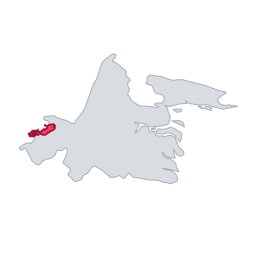 Lalmonirhat, Bangladesh shown in context, rotated 291°
{"feature_id": "16705992B84214314165922", "entity_name": "Lalmonirhat", "entity_type": "district", "adm_level": 2, "iso_a3": "BGD", "parent_name": "Bangladesh", "parent_adm1": "", "projection": "mercator", "projection_center": [89.252, 26.122], "detail": "fine", "context": "in_parent", "style": "filled", "palette": "rose", "viewbox_px": 256, "rotation_deg": 291, "n_neighbors": 0, "source": "geoboundaries", "source_scale": "gbopen_adm2", "svg_char_len": 7917}
<svg xmlns="http://www.w3.org/2000/svg" viewBox="0 0 256 256"><g transform="rotate(291 128 128)"><path d="M89.9,180.5L89.9,174.6L86.0,163.1L86.2,161.8L85.4,156.3L84.4,153.2L83.9,149.9L86.2,145.1L85.3,144.4L80.2,142.9L79.5,141.7L80.6,137.0L76.9,132.6L75.5,129.3L79.4,118.6L80.4,111.1L80.1,109.6L77.7,108.0L73.4,107.3L70.4,105.9L68.6,103.8L67.1,102.9L65.2,103.6L62.9,102.7L60.9,100.6L59.2,98.1L59.9,95.3L63.0,88.6L64.2,88.4L66.9,89.7L67.9,89.7L69.7,87.1L72.2,79.6L80.8,80.3L82.9,80.0L85.1,79.4L86.3,78.5L86.9,77.3L86.7,76.2L84.0,74.8L83.0,73.8L82.3,70.8L81.5,69.7L76.2,69.5L73.5,68.1L72.0,66.9L69.4,62.8L66.1,59.7L62.9,59.0L61.7,58.0L61.1,56.5L61.4,54.2L63.0,49.9L71.7,40.5L71.9,39.4L71.6,38.2L69.0,36.7L68.9,36.0L69.6,34.0L71.0,33.7L74.0,35.5L77.0,38.4L78.8,41.0L78.9,43.1L81.3,43.5L83.2,44.4L85.3,44.1L86.6,44.6L87.5,44.4L87.8,43.3L86.1,40.3L86.9,39.1L88.9,39.1L90.4,40.2L91.4,42.5L91.6,46.0L93.9,49.2L97.0,51.5L99.4,52.6L102.3,53.3L104.8,52.6L106.0,50.4L105.5,48.4L105.9,46.6L106.9,45.6L108.4,45.7L109.6,47.1L112.9,54.7L112.2,58.1L113.0,67.3L112.1,73.4L112.7,75.8L113.2,76.2L118.3,77.3L125.7,79.7L131.3,80.6L156.8,80.0L162.4,81.2L179.4,80.3L184.0,82.2L189.1,85.3L191.9,87.7L192.4,89.0L192.1,90.2L191.1,90.8L189.4,90.8L185.4,89.3L184.7,89.7L184.7,93.4L181.4,102.5L181.0,105.3L179.8,106.4L176.5,107.0L174.2,112.2L173.3,112.9L171.1,111.7L169.8,111.9L168.0,112.4L166.3,113.6L165.1,115.2L163.8,115.7L159.0,115.6L158.1,118.0L155.0,121.2L152.9,129.7L153.0,132.3L155.6,139.0L157.5,147.8L158.2,148.7L159.1,148.8L159.1,144.8L160.0,144.2L161.1,144.7L163.3,150.1L164.6,151.5L166.6,151.8L168.8,151.0L170.5,149.4L171.2,147.7L170.6,141.9L171.6,139.5L175.5,135.9L176.1,134.8L175.8,128.9L177.3,128.7L179.2,129.1L181.7,127.7L182.5,127.7L183.5,129.2L185.3,129.0L187.9,140.7L188.1,148.9L188.7,153.5L189.6,154.5L192.6,161.4L195.3,185.4L195.6,200.6L196.8,205.8L195.8,206.9L194.9,207.1L194.0,205.3L187.8,201.5L186.3,201.9L184.1,204.1L183.3,206.2L183.6,209.1L184.3,212.0L185.8,213.6L185.9,215.4L187.6,222.2L187.1,222.3L183.7,216.1L179.6,210.0L178.2,199.0L178.2,193.6L175.3,187.2L172.7,176.1L173.8,172.2L171.9,173.9L168.8,167.2L163.9,160.6L162.5,157.7L162.4,154.9L160.3,157.8L157.4,159.8L154.5,162.8L152.6,163.7L146.4,164.2L142.9,160.2L137.8,150.4L137.1,148.1L137.8,142.3L136.6,136.8L136.3,132.0L135.3,132.4L135.0,133.7L135.2,135.8L134.8,137.5L126.3,136.4L129.9,139.3L133.8,139.9L135.9,142.5L136.0,146.8L132.1,149.4L132.5,151.6L134.7,154.3L132.0,155.0L131.3,156.7L131.2,159.2L133.1,163.0L132.8,164.5L136.0,169.4L136.6,171.8L135.8,175.2L128.8,181.9L126.8,186.7L125.1,189.0L123.0,189.4L120.3,187.1L120.3,184.8L120.8,182.9L124.5,178.4L122.5,179.0L116.9,182.7L115.8,179.7L115.1,177.0L115.1,173.5L117.8,168.4L114.7,171.0L113.8,174.2L114.2,177.9L113.8,180.6L112.6,184.0L111.0,186.1L108.3,187.4L107.1,189.5L105.3,191.0L104.7,184.0L102.8,174.6L102.4,176.6L103.4,182.5L103.3,186.2L101.9,189.2L98.9,192.5L96.7,192.9L95.4,192.4L91.2,187.6L90.8,183.0L89.9,180.5ZM141.4,180.6L136.2,181.7L133.6,181.4L138.5,172.9L138.4,169.1L137.6,166.0L135.1,163.6L134.9,161.8L133.8,159.4L133.2,156.5L136.0,155.6L138.3,157.2L139.1,160.5L140.2,162.9L144.1,167.8L144.1,170.9L143.0,178.3L141.4,180.6ZM152.6,177.8L149.4,180.1L150.4,166.7L152.8,171.7L153.4,174.4L152.6,177.8ZM164.7,171.2L163.3,172.1L162.0,171.3L160.3,168.1L161.2,164.2L161.7,163.6L163.7,167.7L164.7,171.2ZM176.4,199.3L174.6,199.4L173.7,198.5L174.1,197.2L173.6,192.8L175.9,192.4L176.8,196.0L176.4,199.3ZM174.4,187.2L173.1,191.5L172.5,189.6L173.5,185.8L174.4,187.2ZM137.4,152.4L137.9,153.8L135.0,152.0L134.2,150.7L135.5,150.0L137.4,152.4Z" fill="#d9dde1" stroke="#a8b0b8" stroke-width="1"/><path d="M102.7,52.8L102.2,52.8L101.7,52.5L101.1,52.3L101.3,51.8L101.3,51.5L101.0,51.2L100.9,51.4L100.5,51.4L100.4,51.8L100.0,52.0L100.2,52.3L100.1,52.5L99.5,52.4L99.5,52.5L99.1,52.5L98.9,52.4L98.7,52.3L98.8,52.2L98.5,52.3L98.4,52.0L98.5,52.0L98.2,51.8L98.1,51.6L97.8,51.5L97.3,51.1L97.2,51.3L96.6,51.1L96.8,50.9L96.8,50.6L96.5,50.8L96.0,50.6L96.0,50.1L96.3,49.7L95.9,49.7L95.9,49.4L95.6,49.3L95.5,49.1L95.3,49.0L95.2,48.9L95.2,48.6L94.8,48.5L94.7,48.6L94.4,48.5L94.1,48.7L93.6,48.4L93.4,48.4L93.1,48.1L92.8,47.5L93.1,47.3L92.8,47.1L92.6,47.1L92.6,46.9L92.4,46.7L92.5,46.2L92.8,45.8L92.6,45.6L92.6,44.9L92.4,44.9L92.4,44.7L92.3,44.8L92.3,44.5L92.0,44.4L92.1,44.0L91.6,43.6L91.5,43.4L91.4,43.5L91.4,43.2L91.6,43.1L91.6,42.8L91.3,42.7L91.5,42.3L92.0,43.2L92.3,42.8L92.2,42.7L92.3,42.8L92.3,42.6L92.1,42.6L92.4,42.5L92.4,42.4L92.2,42.4L92.4,42.3L92.4,42.1L92.2,42.2L91.7,42.2L91.7,41.9L91.4,42.0L91.3,41.8L91.1,42.1L90.9,42.1L91.4,41.6L91.3,41.1L91.2,41.0L91.3,40.8L90.8,40.7L91.0,40.6L91.1,39.9L91.2,39.7L90.8,39.8L91.0,39.6L90.9,39.5L90.6,39.6L90.6,39.8L90.6,39.6L90.4,39.5L90.3,39.4L90.1,39.6L89.6,39.5L89.4,39.6L89.3,39.2L89.0,39.3L89.1,39.2L88.6,39.0L88.6,38.7L88.2,38.7L88.3,39.0L88.2,39.0L88.2,38.8L87.9,38.8L87.8,38.6L87.7,38.3L87.9,38.2L87.9,37.9L87.7,37.9L87.8,37.8L87.7,37.9L87.4,37.8L87.4,37.5L87.1,37.5L87.3,37.7L87.2,37.9L86.9,37.7L86.9,37.8L86.9,38.0L86.9,38.3L86.7,38.6L86.2,38.4L86.2,38.5L86.4,38.6L86.1,38.7L86.2,38.9L86.3,39.0L86.2,39.2L85.5,39.2L85.7,39.4L85.9,39.3L85.9,40.0L85.7,40.1L86.0,40.2L85.7,40.4L85.7,40.6L86.0,40.7L85.9,40.8L86.2,40.6L86.5,40.9L86.8,40.9L86.9,40.6L87.1,40.7L87.1,40.9L86.8,41.0L86.8,41.3L87.0,41.3L86.9,41.4L87.1,41.8L87.2,41.6L87.3,41.5L87.2,41.2L87.3,41.2L87.6,41.1L87.9,41.1L88.0,41.2L88.1,41.5L87.8,41.4L87.9,41.7L88.2,41.6L88.4,41.8L88.3,42.0L88.1,42.0L88.3,42.2L88.2,42.3L87.9,42.2L87.9,42.5L87.9,42.8L88.1,42.8L88.3,42.8L88.2,43.1L88.4,43.1L88.6,42.6L88.9,43.1L89.0,43.0L88.8,42.8L89.0,42.5L89.0,43.1L89.4,43.4L89.6,43.3L89.6,43.6L89.8,43.5L89.9,43.2L89.8,43.4L89.8,43.2L89.6,43.1L89.8,42.9L90.1,43.0L90.1,43.3L90.2,43.5L90.3,43.8L90.2,43.9L90.2,44.3L89.9,44.3L89.8,44.5L89.5,44.6L89.4,44.7L89.2,44.5L88.9,44.8L89.0,45.2L89.4,45.3L89.5,45.4L89.3,46.0L89.1,46.2L89.0,46.4L89.2,46.5L89.4,46.8L89.5,46.7L89.4,46.8L89.5,47.0L89.8,47.0L90.1,47.2L90.6,47.1L91.3,47.9L91.3,48.2L91.4,48.8L91.1,48.9L91.0,49.5L91.0,49.8L91.3,50.2L91.1,50.4L91.2,50.7L91.1,50.8L91.3,51.6L91.2,51.6L91.4,51.9L91.4,52.2L91.5,52.3L91.7,53.0L92.0,53.1L92.1,53.4L93.0,54.3L93.5,54.4L94.1,54.7L94.4,54.6L94.9,55.4L95.0,55.3L95.4,55.9L96.1,56.2L96.3,56.4L96.7,56.2L97.1,56.4L97.1,56.7L97.5,57.2L97.7,57.3L97.8,57.5L98.2,57.5L98.4,57.7L98.4,58.2L98.8,58.5L99.4,58.8L99.5,59.1L99.9,59.5L100.9,59.7L101.2,59.6L101.2,59.8L101.7,59.8L101.8,59.8L102.0,59.9L102.1,59.0L102.5,59.0L102.4,58.9L102.2,58.6L102.0,58.9L101.9,58.8L102.0,58.6L102.2,58.4L102.4,58.6L102.5,58.5L102.6,58.2L102.8,58.3L102.9,58.7L103.0,58.8L103.0,59.0L103.9,59.2L103.9,58.9L103.8,58.7L104.0,58.9L104.4,58.6L104.4,58.1L104.3,57.4L104.2,57.2L104.3,57.1L104.9,57.4L104.9,56.8L105.4,56.7L104.7,56.5L104.6,56.2L104.3,56.1L104.2,55.6L103.8,55.5L103.8,55.2L103.6,55.0L103.6,54.6L103.2,54.3L103.4,54.1L103.3,53.9L103.0,54.0L102.8,54.0L102.5,53.6L102.8,53.1L102.7,52.8ZM89.2,44.7L89.1,44.8L89.0,44.7L89.2,44.7ZM86.2,41.6L86.1,41.9L85.9,41.9L86.3,42.5L86.1,42.9L86.2,43.0L86.7,43.2L87.0,43.6L87.7,43.5L87.6,43.3L87.8,43.4L87.9,42.8L87.7,42.9L87.2,43.0L87.3,42.7L87.0,42.7L86.9,42.2L86.5,42.4L86.5,42.1L86.6,41.8L86.5,41.6L86.2,41.7L86.2,41.6ZM92.8,44.0L92.4,43.8L92.4,44.1L92.5,44.4L92.7,44.5L93.0,44.9L93.0,44.6L92.9,44.6L93.1,44.4L93.2,44.8L93.1,45.0L93.5,44.8L93.3,44.4L93.5,44.3L93.4,44.1L93.6,44.2L93.4,44.1L93.3,43.9L93.0,43.9L92.9,44.5L92.8,44.3L92.6,44.3L92.6,44.1L92.8,44.0ZM100.9,49.8L100.3,49.6L100.2,50.0L100.5,50.2L101.0,50.1L100.9,50.1L100.9,49.8ZM88.8,44.0L88.5,43.9L88.5,44.3L88.5,44.0L88.4,44.0L88.3,44.4L88.5,44.5L88.8,44.0ZM89.2,43.7L89.0,43.8L89.4,44.2L89.5,44.0L89.2,43.7ZM101.0,49.2L100.8,49.3L100.7,49.5L101.1,49.5L101.0,49.2ZM88.4,43.5L88.5,43.4L88.4,43.3L88.2,43.5L88.4,43.5ZM91.9,43.4L91.7,43.3L91.7,43.6L91.9,43.4ZM94.0,44.7L93.7,44.6L93.8,44.8L94.0,44.7ZM90.0,39.4L90.0,39.2L90.0,39.4ZM92.8,42.7L92.7,42.6L92.8,42.7ZM92.3,43.0L92.2,43.1L92.3,43.1L92.3,43.0Z" fill="#f43f5e" stroke="#9f1239" stroke-width="1.5"/></g></svg>